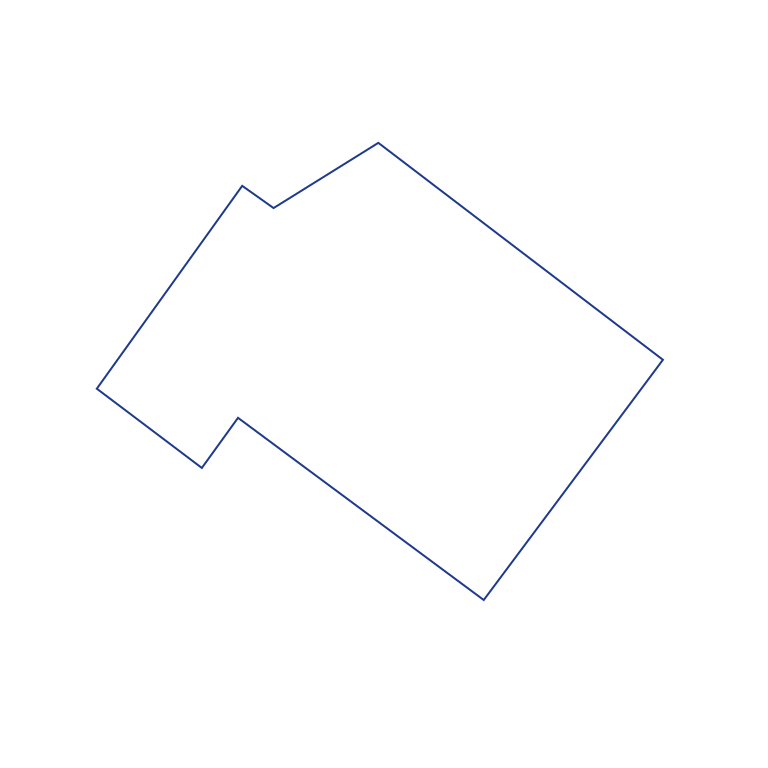 Comanche, Texas, United States of America, rotated 157°
{"feature_id": "52423323B96574112762437", "entity_name": "Comanche", "entity_type": "district", "adm_level": 2, "iso_a3": "USA", "parent_name": "United States of America", "parent_adm1": "Texas", "projection": "robinson", "projection_center": [-98.411, 31.973], "detail": "fine", "context": "isolated", "style": "outline", "palette": "blue", "viewbox_px": 768, "rotation_deg": 157, "n_neighbors": 0, "source": "geoboundaries", "source_scale": "gbopen_adm2", "svg_char_len": 298}
<svg xmlns="http://www.w3.org/2000/svg" viewBox="0 0 768 768"><g transform="rotate(157 384 384)"><path d="M614.2,429.5L584.5,377.9L570.6,386.3L531.6,409.9L376.6,146.2L117.8,297.3L295.0,608.2L416.9,589.1L437.1,621.8L650.2,491.9L614.2,429.5Z" fill="none" stroke="#1e3a8a" stroke-width="2"/></g></svg>